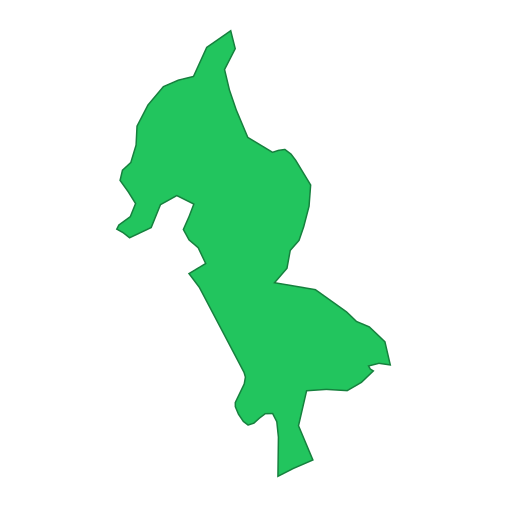 Santo Domingo, Albers equal-area conic projection, rotated 56°
{"feature_id": "DOM-1394", "entity_name": "Santo Domingo", "entity_type": "Province", "adm_level": 1, "iso_a3": "DOM", "parent_name": "Dominican Republic", "parent_adm1": "", "projection": "albers", "projection_center": [-69.842, 18.571], "detail": "fine", "context": "isolated", "style": "filled", "palette": "green", "viewbox_px": 512, "rotation_deg": 56, "n_neighbors": 0, "source": "natural_earth", "source_scale": "10m", "svg_char_len": 1120}
<svg xmlns="http://www.w3.org/2000/svg" viewBox="0 0 512 512"><g transform="rotate(56 256 256)"><path d="M170.2,350.6L162.4,353.1L155.9,356.4L153.6,352.3L153.1,338.2L145.2,326.5L131.3,326.0L117.3,326.4L110.2,318.7L108.5,307.5L97.0,293.4L81.8,282.0L70.4,261.1L63.8,238.0L66.8,222.0L72.2,207.4L55.5,180.2L55.1,151.0L72.5,157.3L83.8,177.8L103.5,185.2L123.8,190.7L153.1,196.5L179.3,184.3L181.0,178.3L183.8,172.5L191.1,170.0L199.0,169.6L213.3,170.3L227.7,171.0L244.4,184.2L258.5,200.2L267.1,211.6L270.5,224.5L283.5,237.2L288.5,255.6L317.1,225.6L353.0,212.2L366.5,209.3L378.2,201.7L399.2,197.1L421.4,205.6L413.7,214.1L410.1,224.2L413.6,224.5L416.9,223.0L419.7,239.3L418.6,255.7L405.9,272.3L396.0,289.4L420.5,315.7L456.9,322.9L453.0,343.8L450.9,361.0L418.7,338.7L405.0,331.4L395.9,330.3L391.9,336.5L392.3,343.8L393.4,351.2L391.7,357.1L386.1,359.0L377.4,359.0L369.4,357.4L365.9,355.1L355.5,337.3L350.5,332.5L345.9,331.0L250.4,320.5L233.1,321.4L234.1,301.9L216.8,299.3L205.2,302.5L193.4,301.4L185.8,289.3L178.2,278.5L161.6,287.9L160.0,306.5L173.8,327.0L170.2,350.6Z" fill="#22c55e" stroke="#15803d" stroke-width="1.5"/></g></svg>